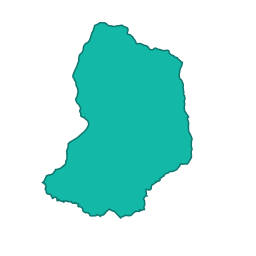 Sinaia, Prahova, Romania (Natural Earth projection), rotated 289°
{"feature_id": "2599482B70025461021412", "entity_name": "Sinaia", "entity_type": "district", "adm_level": 2, "iso_a3": "ROU", "parent_name": "Romania", "parent_adm1": "Prahova", "projection": "natural_earth1", "projection_center": [25.544, 45.343], "detail": "fine", "context": "isolated", "style": "filled", "palette": "teal", "viewbox_px": 256, "rotation_deg": 289, "n_neighbors": 0, "source": "geoboundaries", "source_scale": "gbopen_adm2", "svg_char_len": 5634}
<svg xmlns="http://www.w3.org/2000/svg" viewBox="0 0 256 256"><g transform="rotate(289 128 128)"><path d="M207.8,158.0L207.6,157.3L207.9,156.8L207.9,156.5L208.7,155.4L208.7,154.9L209.1,154.2L209.4,153.2L209.9,152.6L210.1,152.2L210.5,151.7L210.3,149.9L210.5,149.0L211.2,147.5L211.2,144.9L212.1,142.9L212.5,142.5L213.8,141.8L214.3,141.3L214.4,140.8L214.4,140.5L214.0,139.1L212.8,136.8L212.6,136.2L212.5,132.2L212.1,131.4L212.3,130.6L212.5,127.8L211.8,127.0L210.3,126.2L209.3,124.0L209.3,123.4L209.6,122.7L211.2,120.5L211.8,118.5L211.5,117.5L211.5,116.3L211.9,112.8L211.5,111.0L211.1,110.0L210.5,108.9L210.4,108.4L210.6,108.1L212.0,107.4L212.6,106.5L213.6,105.5L213.9,104.8L215.8,102.5L216.0,101.4L216.6,100.4L216.8,99.8L216.6,97.2L216.8,96.9L217.8,96.3L220.1,96.2L221.1,96.0L221.8,95.5L222.2,95.0L222.5,94.3L222.6,92.7L222.5,91.9L222.7,90.7L223.2,89.3L222.9,88.0L221.9,86.5L221.1,84.6L220.0,82.8L219.1,80.9L219.3,79.5L218.9,78.7L218.5,75.8L218.8,74.9L219.7,73.2L219.8,72.3L219.8,71.5L219.5,70.8L219.5,70.3L219.0,68.8L218.2,66.9L216.8,66.0L216.3,65.4L215.2,64.6L214.7,63.8L214.1,63.2L213.8,63.2L212.8,63.3L210.3,63.2L209.3,63.5L208.3,63.4L206.3,62.9L203.2,63.1L200.3,63.2L199.3,63.0L199.0,63.1L196.9,62.7L195.6,62.0L194.1,60.4L191.7,59.6L189.8,59.6L187.1,60.3L186.6,60.3L184.4,60.0L182.1,58.7L181.2,58.4L177.5,58.8L175.4,59.6L174.8,59.7L172.9,59.5L171.3,59.6L169.5,59.5L162.3,58.8L159.2,58.9L158.1,59.6L157.3,60.4L156.7,61.3L155.6,62.0L155.0,63.1L154.6,63.6L153.1,64.4L152.4,64.6L152.1,64.7L151.2,65.4L149.8,66.8L148.7,67.6L147.6,68.2L146.9,68.8L145.6,69.1L143.2,69.3L140.7,69.9L140.2,69.4L139.6,69.2L138.3,69.2L137.7,69.4L136.3,70.5L135.5,71.3L135.1,71.8L134.9,72.5L134.5,72.9L134.2,73.8L131.8,76.4L130.6,76.9L129.1,76.7L128.5,76.8L127.9,77.2L126.1,78.8L124.3,79.2L124.0,79.6L123.6,80.5L123.6,81.7L123.8,82.4L123.8,83.0L123.6,83.4L123.3,83.5L121.6,87.8L119.4,89.3L117.8,89.8L116.5,89.7L113.0,89.0L109.4,87.4L107.5,86.2L102.1,83.1L95.1,77.2L94.7,77.2L93.5,76.6L92.2,77.1L90.4,77.6L89.1,77.5L88.3,77.7L87.3,77.4L86.1,77.5L85.1,78.0L84.7,78.5L84.3,78.7L84.1,78.7L83.6,78.5L82.9,79.1L81.3,79.5L79.2,80.3L78.0,80.3L76.8,80.0L74.3,80.6L73.6,80.6L73.2,80.5L72.5,80.2L72.4,80.0L70.6,79.3L70.2,79.0L70.1,78.8L70.3,78.7L69.0,78.1L67.2,76.4L65.4,73.8L65.1,73.3L65.1,73.0L64.2,73.1L63.4,72.9L62.7,72.5L60.5,71.9L59.3,70.9L58.6,70.1L57.7,68.4L57.6,67.9L57.1,67.7L56.7,67.3L56.3,66.5L54.5,66.4L50.8,66.0L50.3,65.9L48.6,65.0L48.5,66.5L48.1,66.8L48.1,67.0L48.5,67.2L47.8,68.1L47.2,68.3L47.2,68.7L47.1,68.9L45.7,69.8L45.3,69.8L44.8,69.3L43.8,69.8L43.0,69.7L42.9,69.8L43.1,70.2L42.1,71.0L40.1,72.0L39.5,73.3L39.4,73.7L39.5,74.2L39.8,74.7L39.7,75.4L39.9,75.9L39.6,77.0L39.1,77.7L38.5,77.8L38.2,78.1L37.6,79.0L36.8,79.4L36.9,79.8L38.0,80.3L38.2,80.9L38.8,81.4L39.1,81.9L39.0,82.5L38.6,83.2L37.5,84.0L37.3,84.4L36.4,84.5L36.3,85.2L36.5,85.4L36.8,85.3L37.4,85.3L37.6,85.5L37.8,86.0L37.6,86.3L37.0,86.5L37.2,87.3L37.1,88.3L37.2,89.4L37.1,90.1L37.3,90.5L38.0,90.6L38.2,90.8L37.4,91.1L37.1,91.3L37.5,91.8L38.3,92.2L38.9,93.0L38.8,93.5L39.1,94.2L38.8,94.9L39.1,95.3L39.0,95.7L39.0,96.2L39.6,97.5L39.9,98.3L39.2,98.9L39.1,99.6L39.2,99.8L38.9,100.4L39.2,100.9L40.0,102.0L39.9,102.3L39.5,102.3L39.5,102.7L40.1,103.9L39.9,104.3L40.0,104.9L40.1,105.8L39.9,106.0L39.4,106.1L38.7,105.9L38.4,106.1L37.7,106.2L37.7,106.3L37.9,106.5L37.6,106.9L37.5,107.4L38.0,107.7L38.3,108.5L38.0,108.8L37.8,109.8L37.6,110.0L37.6,110.5L36.6,111.6L35.7,111.9L34.8,112.5L34.2,114.3L34.2,114.7L34.4,115.2L34.1,115.7L34.7,117.1L34.8,118.0L34.2,119.5L32.9,120.6L32.8,121.1L32.9,122.1L33.6,123.4L33.9,124.3L34.0,125.1L34.3,125.5L34.9,126.4L35.2,126.6L35.8,126.6L36.0,127.0L35.8,127.6L36.1,128.6L35.7,129.7L35.5,130.8L36.6,131.2L37.3,131.8L37.6,132.3L37.8,133.2L39.4,133.7L39.7,134.0L40.3,134.1L40.4,134.3L41.4,134.4L42.3,134.9L43.2,135.6L44.0,135.9L44.7,136.5L45.2,136.7L44.9,137.0L45.1,137.7L44.8,138.5L44.8,139.5L44.5,140.1L44.6,141.5L44.9,142.0L40.5,150.3L41.7,150.8L42.4,151.7L42.9,152.5L43.8,153.1L44.6,154.3L45.3,157.2L46.0,158.9L46.7,159.5L48.9,160.5L51.1,161.9L51.4,162.2L51.5,162.5L51.8,162.4L52.4,163.8L52.4,164.4L52.7,164.8L52.7,165.7L53.1,166.2L53.6,166.3L54.6,165.8L54.6,167.9L55.9,168.9L56.3,170.1L57.7,169.1L58.3,168.8L58.9,168.7L60.0,168.9L61.4,168.6L64.1,167.5L65.0,167.0L65.7,165.9L66.0,165.8L66.9,165.8L68.3,166.2L69.6,166.9L70.1,167.6L70.1,167.8L70.5,167.4L70.9,167.1L73.6,166.0L75.2,165.0L75.6,165.0L76.0,165.6L76.1,167.6L76.4,168.1L76.7,168.4L76.7,169.0L77.0,169.3L78.6,169.6L80.1,169.1L82.3,169.3L83.0,170.3L84.5,171.1L85.8,172.4L86.6,172.0L87.2,173.4L88.1,174.6L88.8,175.2L89.2,175.3L89.7,174.9L90.3,174.9L90.7,174.7L91.9,175.7L93.7,176.8L94.3,177.6L95.3,177.6L96.7,178.1L98.0,179.6L98.4,180.5L99.6,181.1L100.4,181.7L100.7,182.1L100.8,182.8L101.2,183.7L101.8,184.7L103.1,186.2L104.8,187.8L105.9,188.0L108.9,189.2L111.2,189.4L111.3,190.5L112.3,193.1L113.0,194.6L113.1,195.6L115.3,196.6L116.6,196.7L120.6,197.6L123.0,196.8L124.9,195.9L126.9,195.2L128.5,195.6L132.5,193.2L133.5,193.1L136.0,192.3L137.5,192.2L138.3,192.3L140.8,190.4L141.5,189.5L142.6,188.7L143.4,187.6L144.8,186.4L145.3,186.1L147.8,185.2L148.6,184.8L152.7,183.6L154.3,182.6L155.4,181.5L156.2,181.0L156.6,181.0L158.0,181.8L159.8,179.7L160.4,178.6L161.0,178.2L161.4,177.5L162.0,176.9L162.3,176.1L162.5,176.0L166.2,174.3L168.9,173.9L172.0,172.3L172.5,172.3L173.6,172.5L174.2,172.3L176.8,171.0L177.7,169.7L178.1,169.5L180.2,169.1L180.6,168.8L181.0,168.3L182.0,168.1L183.7,167.1L187.0,166.1L189.4,164.3L190.1,163.4L190.9,162.7L191.1,162.2L191.3,161.0L192.6,160.1L194.6,159.1L200.3,158.1L201.3,158.1L203.2,158.4L204.1,158.5L206.9,158.3L207.8,158.0Z" fill="#14b8a6" stroke="#0f766e" stroke-width="1.5"/></g></svg>